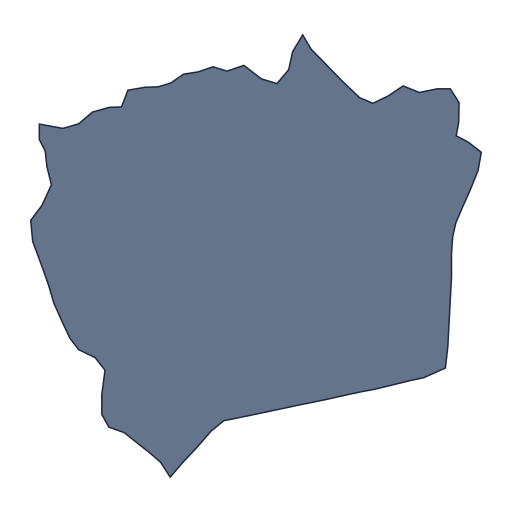 Belford Roxo, Rio de Janeiro, Brazil
{"feature_id": "56859067B85088226516355", "entity_name": "Belford Roxo", "entity_type": "district", "adm_level": 2, "iso_a3": "BRA", "parent_name": "Brazil", "parent_adm1": "Rio de Janeiro", "projection": "robinson", "projection_center": [-43.378, -22.731], "detail": "fine", "context": "isolated", "style": "filled", "palette": "slate", "viewbox_px": 512, "rotation_deg": 0, "n_neighbors": 0, "source": "geoboundaries", "source_scale": "gbopen_adm2", "svg_char_len": 1111}
<svg xmlns="http://www.w3.org/2000/svg" viewBox="0 0 512 512"><path d="M445.4,368.0L447.8,346.9L449.8,309.0L451.5,277.7L451.5,253.4L452.7,236.6L455.9,222.7L463.1,205.9L470.0,190.5L478.1,170.5L481.3,152.3L468.0,142.0L456.2,135.8L458.7,122.4L459.1,102.7L450.3,88.8L437.3,88.8L419.3,92.5L403.1,85.9L387.8,96.2L372.8,103.3L359.5,97.6L341.3,80.2L323.4,61.7L311.3,49.4L302.7,34.9L292.6,51.7L288.7,69.7L276.9,83.6L261.2,78.8L243.9,65.4L227.0,71.1L213.0,66.8L198.0,71.9L183.4,74.2L170.7,83.1L158.1,86.8L144.8,87.3L127.9,90.2L121.5,107.0L109.4,107.3L92.4,112.1L78.7,123.8L62.9,128.4L39.3,124.1L39.3,139.5L45.2,150.9L46.9,166.5L51.4,184.8L42.0,205.3L30.7,220.4L32.7,241.5L42.0,266.5L48.9,286.2L53.8,303.0L61.0,319.2L69.8,338.1L78.7,349.7L95.2,357.7L105.0,370.2L101.8,394.5L101.8,414.4L108.9,427.2L124.2,432.6L136.7,442.6L149.8,452.9L160.6,462.3L170.2,477.1L182.2,463.1L196.7,447.7L211.0,431.2L223.8,420.7L238.3,417.8L254.8,414.4L273.7,410.4L297.6,405.3L312.1,402.4L329.8,398.7L346.2,395.0L362.0,391.6L374.5,389.3L393.0,384.8L410.7,380.5L423.7,377.7L445.4,368.0Z" fill="#64748b" stroke="#1e293b" stroke-width="1.5"/></svg>